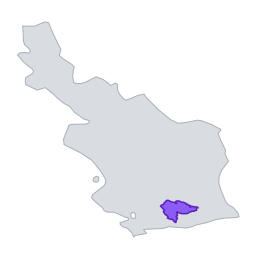 location of Stepanavan, Lori, Armenia, rotated 178°
{"feature_id": "60910142B48694121515271", "entity_name": "Stepanavan", "entity_type": "district", "adm_level": 2, "iso_a3": "ARM", "parent_name": "Armenia", "parent_adm1": "Lori", "projection": "equal_earth", "projection_center": [44.342, 41.021], "detail": "fine", "context": "in_parent", "style": "filled", "palette": "violet", "viewbox_px": 256, "rotation_deg": 178, "n_neighbors": 0, "source": "geoboundaries", "source_scale": "gbopen_adm2", "svg_char_len": 2958}
<svg xmlns="http://www.w3.org/2000/svg" viewBox="0 0 256 256"><g transform="rotate(178 128 128)"><path d="M110.8,161.4L108.4,157.5L96.5,144.8L85.4,135.0L77.9,131.0L70.3,131.4L58.4,133.4L54.1,132.6L43.8,128.3L35.2,123.3L36.4,121.2L38.2,119.7L36.1,113.1L31.3,102.6L31.9,99.3L30.4,94.7L28.7,91.3L35.5,83.1L38.6,76.5L39.2,70.1L37.5,63.4L33.1,51.3L30.4,47.8L25.4,44.6L21.1,39.2L20.1,35.4L23.7,34.7L34.1,34.6L44.2,33.3L52.1,30.8L63.5,28.7L68.2,26.9L73.7,26.0L90.4,28.0L96.6,26.4L115.5,26.1L115.9,25.4L113.4,22.8L113.4,21.9L124.6,20.3L126.3,19.1L127.8,23.1L132.0,27.6L136.6,29.4L139.1,31.8L139.2,33.7L131.1,36.0L130.5,37.1L131.1,38.3L133.5,38.8L144.9,44.4L151.4,44.6L154.8,46.3L156.6,49.6L162.0,54.2L166.4,58.7L166.7,60.2L165.9,62.5L153.8,71.2L152.2,74.2L152.1,77.4L157.5,86.8L165.4,97.2L176.8,105.1L192.5,113.6L192.8,118.9L190.3,125.2L188.2,129.5L187.3,132.4L185.4,133.6L169.8,133.4L167.4,134.4L166.4,135.6L166.3,136.7L172.0,138.6L180.8,145.4L185.9,151.9L191.1,154.8L197.1,160.0L201.9,164.9L209.3,171.2L217.5,169.1L228.5,174.8L229.0,178.6L228.3,182.0L221.5,185.7L220.6,187.3L220.7,188.6L221.6,190.4L225.7,193.5L230.5,198.0L235.9,204.8L233.5,206.8L228.5,207.1L224.6,206.2L223.2,207.6L223.3,209.8L228.5,215.0L229.5,218.7L229.4,225.3L229.7,233.5L217.8,233.0L207.6,236.9L203.8,236.1L201.2,229.1L199.0,223.5L192.4,208.9L194.1,202.9L190.5,199.5L181.7,193.3L179.5,190.7L180.7,187.2L181.5,180.8L180.6,175.6L178.3,174.1L173.9,174.0L168.7,175.3L158.1,180.3L150.8,177.1L146.5,173.8L144.0,171.1L138.6,173.4L137.2,172.3L136.9,165.6L135.2,162.0L131.9,157.8L128.8,155.8L117.5,160.0L110.8,161.4ZM127.9,42.6L128.2,40.2L127.7,38.0L125.9,37.4L123.6,37.9L123.5,40.3L124.2,42.6L126.4,43.6L127.9,42.6ZM164.1,79.3L161.5,80.8L159.1,80.1L159.1,76.4L160.8,75.0L162.8,75.0L164.8,76.4L164.1,79.3Z" fill="#d9dde1" stroke="#a8b0b8" stroke-width="1"/><path d="M82.4,53.3L82.9,52.7L82.6,51.8L82.1,51.0L82.5,50.8L83.4,51.5L84.5,52.1L85.8,52.4L87.2,52.7L87.8,53.0L88.5,53.4L89.0,53.6L89.6,54.0L90.2,54.3L91.2,54.4L92.3,54.0L92.9,53.2L93.8,52.5L94.4,51.9L94.9,51.2L95.2,50.4L96.1,50.1L97.0,50.0L97.8,49.2L98.2,48.7L96.9,47.4L96.2,46.6L95.8,46.1L95.6,45.9L94.5,44.6L95.6,43.1L94.9,42.1L94.6,41.6L94.2,40.8L93.6,40.0L92.7,39.8L91.9,38.8L91.1,38.2L91.7,36.6L91.1,36.5L90.8,36.3L90.3,35.8L89.2,35.8L88.9,35.4L88.2,35.2L86.6,35.2L86.6,34.9L86.1,34.1L85.3,33.1L84.3,32.3L83.9,31.9L83.3,32.1L83.3,33.3L82.7,34.5L82.2,35.3L81.7,35.9L82.1,36.9L82.9,37.4L82.8,38.4L82.4,38.5L81.7,38.7L81.6,39.2L81.7,39.8L81.9,40.6L82.4,41.8L81.8,42.4L81.5,42.3L80.6,41.6L79.6,41.2L78.2,40.8L77.0,40.5L76.0,40.4L74.7,40.4L72.8,40.4L71.2,40.5L70.4,41.1L69.4,41.9L68.3,41.9L67.5,42.4L66.8,42.7L65.5,42.4L64.2,42.8L62.3,43.5L62.4,43.8L62.6,44.2L62.4,45.0L62.2,45.4L61.4,45.8L60.9,45.8L61.0,46.4L62.0,46.5L64.8,47.1L65.1,47.1L65.9,47.2L66.5,47.4L68.9,46.8L68.3,48.3L70.7,48.7L70.9,49.7L72.4,49.7L72.8,50.8L74.7,51.6L75.3,51.9L76.7,51.9L78.9,53.0L80.2,53.4L82.4,53.3Z" fill="#8b5cf6" stroke="#5b21b6" stroke-width="1.5"/></g></svg>